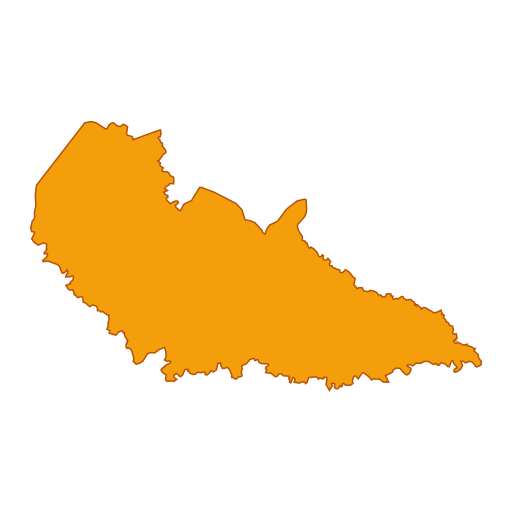 the district of Rio Brilhante, Mato Grosso do Sul, Brazil
{"feature_id": "56859067B58900206343132", "entity_name": "Rio Brilhante", "entity_type": "district", "adm_level": 2, "iso_a3": "BRA", "parent_name": "Brazil", "parent_adm1": "Mato Grosso do Sul", "projection": "mercator", "projection_center": [-54.465, -21.65], "detail": "fine", "context": "isolated", "style": "filled", "palette": "amber", "viewbox_px": 512, "rotation_deg": 0, "n_neighbors": 0, "source": "geoboundaries", "source_scale": "gbopen_adm2", "svg_char_len": 6066}
<svg xmlns="http://www.w3.org/2000/svg" viewBox="0 0 512 512"><path d="M477.9,354.2L474.1,351.0L475.2,348.5L474.0,348.7L471.9,347.0L467.3,345.6L467.4,344.2L463.5,345.1L457.8,342.2L456.2,343.2L454.9,342.9L454.0,341.6L453.9,340.2L456.0,340.6L455.7,339.0L457.1,338.1L456.2,333.7L453.4,334.1L452.4,332.6L453.5,330.2L452.6,326.2L449.5,325.3L448.1,322.5L446.1,321.7L445.9,320.1L443.6,317.7L444.2,315.2L443.1,314.4L441.9,314.8L442.1,313.1L440.9,310.1L438.1,311.8L434.1,312.9L425.2,307.6L423.6,307.5L421.4,309.2L420.6,307.4L418.4,306.1L417.8,305.0L416.5,304.6L416.2,305.8L414.6,305.2L415.2,303.8L414.1,302.1L410.5,299.5L405.9,299.8L403.5,298.1L403.1,296.7L401.7,296.4L398.4,298.7L395.3,298.5L394.3,299.4L393.1,299.1L392.6,297.8L393.0,296.3L391.1,295.8L390.8,293.8L386.7,293.8L385.2,296.7L383.8,297.1L381.7,296.5L381.4,295.2L378.3,294.8L376.7,292.5L372.8,290.8L369.7,290.4L369.1,291.5L365.3,291.3L363.4,290.5L362.2,287.7L358.8,287.7L357.0,288.8L356.2,287.1L353.9,284.9L355.2,278.6L352.7,276.6L349.2,272.1L345.3,269.7L343.4,271.9L341.6,272.8L339.8,272.0L339.9,270.4L338.6,269.3L336.7,269.5L335.4,268.3L332.8,267.6L332.1,265.9L329.9,265.7L329.3,263.9L330.7,261.6L327.9,258.3L327.4,259.5L325.3,260.2L324.2,259.7L322.7,257.8L323.5,255.8L322.2,254.9L321.1,256.5L319.7,256.8L318.4,255.8L317.6,253.2L314.0,249.0L310.9,247.0L309.5,248.2L308.4,247.3L306.9,243.0L305.8,242.6L305.2,241.2L302.3,240.4L302.3,236.5L298.7,231.0L297.5,227.1L297.5,224.7L304.4,217.0L305.9,213.9L306.6,209.8L306.1,199.8L304.7,199.2L297.4,200.8L289.0,207.1L286.2,209.6L277.7,221.1L269.7,225.0L266.8,229.1L265.0,234.0L262.7,232.8L262.1,230.5L254.9,222.7L250.8,220.9L245.0,219.8L241.9,209.7L235.9,203.4L214.3,192.3L201.7,187.5L199.6,187.4L191.5,200.6L183.9,204.2L180.5,210.7L178.9,210.1L176.0,207.5L175.3,205.6L178.5,202.7L178.2,201.5L177.1,200.9L174.4,201.3L170.3,203.7L166.3,199.6L166.7,197.7L168.0,197.1L167.7,195.5L165.7,194.9L163.6,192.2L167.5,190.6L164.7,188.8L166.0,186.5L169.2,184.8L169.4,183.6L173.7,183.7L173.8,178.5L173.4,177.0L170.1,175.6L169.1,173.1L167.8,172.0L163.0,171.5L161.8,170.6L163.3,167.8L160.5,166.2L159.7,164.6L160.5,163.1L157.8,161.1L159.0,160.6L163.5,154.0L165.1,153.4L165.8,152.2L165.7,150.4L162.2,145.8L162.7,144.4L162.0,142.8L160.6,142.4L160.1,140.3L158.2,138.1L158.6,136.9L160.1,136.8L161.1,133.6L160.4,129.8L132.9,139.7L133.0,138.3L132.1,136.5L127.3,135.2L126.6,133.3L127.6,126.7L124.3,124.6L122.9,124.4L120.4,126.6L116.7,125.6L113.8,122.9L111.9,123.0L109.5,124.4L106.8,128.9L105.1,128.6L95.8,122.6L90.9,121.6L84.8,122.8L36.5,185.2L35.3,195.0L35.9,205.6L34.4,212.9L34.7,216.8L34.0,219.1L32.2,221.4L30.7,227.9L31.7,231.6L34.4,232.1L34.3,234.0L31.7,238.7L33.9,242.1L38.0,245.1L44.1,242.8L46.8,244.4L46.3,248.1L46.9,249.5L44.1,252.6L44.5,254.0L47.3,253.4L47.6,254.9L46.4,257.3L42.9,260.3L43.0,261.6L48.1,261.1L57.6,264.6L59.6,266.5L61.8,272.7L63.3,273.3L65.4,271.9L67.0,269.9L67.8,271.7L67.6,273.4L66.5,274.3L65.7,277.0L70.1,276.8L71.7,275.9L73.1,276.1L73.4,277.6L72.8,280.1L70.1,282.4L70.5,283.6L66.0,285.3L67.6,288.2L69.1,289.8L70.6,290.1L72.2,289.5L73.4,291.1L74.3,294.9L75.4,294.8L77.0,297.1L78.2,297.7L79.6,296.8L82.7,297.1L83.2,302.1L85.8,303.2L89.8,306.7L92.7,304.8L96.1,306.2L97.3,307.3L97.5,310.8L99.6,310.6L100.9,312.0L102.5,311.4L107.0,314.8L108.9,315.1L108.6,317.1L109.4,318.3L108.0,323.2L108.2,326.6L107.1,328.1L107.0,329.4L109.9,330.5L109.1,333.2L115.9,335.2L118.6,332.0L121.5,330.7L123.0,331.4L123.1,332.8L124.4,332.8L124.7,335.9L127.9,340.7L126.9,341.3L127.4,342.9L126.1,343.9L126.1,346.9L126.8,348.3L129.2,348.2L130.3,348.9L131.8,351.0L133.8,358.3L133.3,361.5L136.2,364.2L139.9,363.2L142.9,361.1L147.5,353.8L150.7,352.6L154.9,352.9L158.8,349.7L164.6,347.4L165.6,350.8L166.1,355.6L165.9,357.4L164.4,359.9L167.3,361.5L168.8,360.8L170.4,361.3L170.7,362.6L165.1,365.7L164.7,366.9L163.4,367.2L161.0,369.8L162.6,372.6L166.3,375.1L165.6,378.4L165.9,380.3L167.1,381.4L171.9,380.8L173.6,381.5L176.8,379.4L174.0,377.4L173.8,376.0L174.8,374.6L176.1,373.4L178.4,374.8L179.3,376.3L180.9,376.6L182.6,375.0L184.6,370.3L185.7,369.3L187.9,369.4L187.6,371.1L189.2,371.3L189.3,372.8L192.5,374.4L195.3,374.3L197.1,372.4L201.3,372.7L204.1,371.9L205.4,372.8L205.1,374.5L206.9,375.0L209.3,373.2L210.8,370.6L213.2,372.0L216.4,369.9L217.9,363.3L220.8,363.0L220.5,364.6L222.3,368.4L224.6,368.4L227.3,367.2L230.0,370.4L231.8,375.3L231.7,377.5L233.4,377.6L234.6,378.9L236.7,378.9L237.8,377.1L241.4,376.5L242.1,375.3L241.2,372.0L242.4,368.8L241.7,366.9L242.1,365.5L246.5,363.8L249.8,359.6L252.9,358.6L254.3,358.7L254.8,360.6L257.8,359.5L259.0,362.4L261.6,363.6L268.1,363.9L268.5,365.5L265.5,367.5L265.6,369.1L266.8,370.1L265.6,372.6L271.1,373.3L275.4,376.8L277.5,376.1L278.5,374.4L280.9,373.6L283.5,375.8L288.9,376.2L289.7,377.4L288.6,378.3L289.8,380.5L289.5,382.1L290.8,382.9L293.0,377.5L294.2,378.0L295.1,379.5L294.1,382.3L299.4,383.1L302.0,381.8L304.7,382.3L305.6,383.7L307.1,382.4L308.5,377.7L315.6,376.8L316.8,377.2L318.5,379.2L319.3,377.8L322.6,379.0L323.7,378.7L323.5,377.5L326.0,377.0L327.1,378.1L326.1,384.4L329.5,390.4L332.3,385.6L331.4,383.7L332.6,383.1L334.8,384.0L334.4,387.5L336.1,388.7L337.8,388.8L340.2,385.7L341.1,386.8L342.5,385.7L342.4,383.7L343.5,383.3L345.7,385.3L350.6,385.1L353.0,383.4L352.4,380.5L353.5,376.9L354.8,376.0L356.0,376.3L358.2,378.9L362.1,373.1L363.3,372.6L368.6,376.5L371.7,380.0L373.0,379.0L378.9,379.1L380.4,379.6L383.2,382.1L388.7,382.2L385.5,375.6L392.2,372.5L393.6,369.6L394.7,368.9L396.2,368.1L399.9,368.4L404.0,373.0L405.9,374.6L407.6,374.8L409.5,373.1L411.0,369.7L410.7,368.1L406.9,365.9L407.7,364.9L410.8,364.7L412.7,365.9L416.2,363.1L421.0,363.3L423.8,361.6L428.1,361.3L432.3,363.9L434.1,364.3L436.6,363.5L437.4,365.2L439.1,365.2L441.2,362.7L444.8,363.8L447.9,366.6L449.4,366.7L450.9,362.3L451.6,361.0L452.8,360.7L454.0,363.9L457.0,367.0L456.8,368.2L455.3,368.4L453.8,370.9L454.5,372.2L456.2,372.0L460.0,369.9L462.6,365.7L460.8,361.3L462.9,361.2L465.2,362.7L466.9,362.6L468.3,361.4L471.6,361.7L473.8,363.6L475.5,366.4L476.9,366.9L480.6,365.2L481.3,364.1L481.2,361.1L478.8,358.3L477.9,354.2Z" fill="#f59e0b" stroke="#b45309" stroke-width="1.5"/></svg>